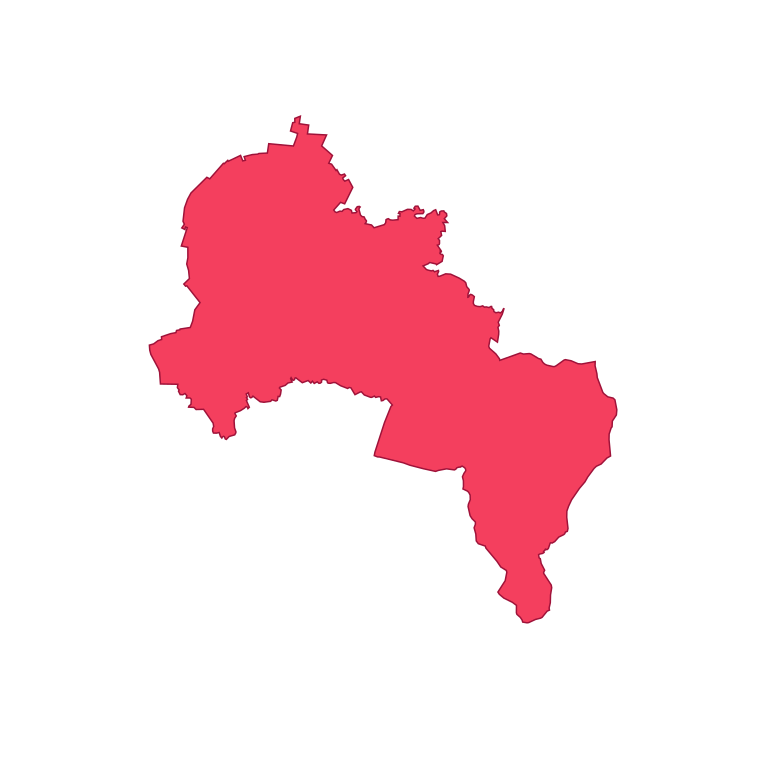 Thach That, Ha Noi, Vietnam (Robinson projection), rotated 245°
{"feature_id": "81297802B69837826881440", "entity_name": "Thach That", "entity_type": "district", "adm_level": 2, "iso_a3": "VNM", "parent_name": "Vietnam", "parent_adm1": "Ha Noi", "projection": "robinson", "projection_center": [105.527, 21.024], "detail": "fine", "context": "isolated", "style": "filled", "palette": "rose", "viewbox_px": 768, "rotation_deg": 245, "n_neighbors": 0, "source": "geoboundaries", "source_scale": "gbopen_adm2", "svg_char_len": 6171}
<svg xmlns="http://www.w3.org/2000/svg" viewBox="0 0 768 768"><g transform="rotate(245 384 384)"><path d="M109.6,409.1L107.1,412.7L106.6,414.3L106.6,421.8L105.6,427.0L105.7,428.7L109.2,435.9L109.1,438.4L111.2,439.0L115.5,442.3L122.5,445.8L128.5,449.9L131.1,450.6L144.8,448.7L146.0,449.2L147.3,450.9L154.9,450.6L159.6,451.8L160.9,451.1L164.0,452.0L164.1,453.2L163.4,456.2L163.7,457.9L164.9,457.9L165.2,459.6L166.0,460.1L166.1,460.6L165.0,461.6L165.4,463.4L169.6,467.4L169.6,468.2L168.8,469.1L169.0,472.1L171.4,477.7L171.5,483.1L171.9,484.5L173.1,485.8L173.0,487.9L175.3,489.7L186.0,493.3L191.5,496.0L195.2,499.6L199.8,505.1L206.8,517.0L210.4,524.8L213.6,529.3L218.7,538.7L219.7,541.7L219.7,547.0L222.7,554.8L223.0,558.9L238.4,564.4L243.5,566.9L248.1,571.2L248.8,572.6L253.9,575.3L257.7,581.5L262.2,584.1L272.1,586.6L274.4,585.7L277.8,581.4L282.3,579.2L283.9,578.8L299.7,580.0L303.3,581.3L311.3,583.0L315.1,584.9L318.6,571.6L320.4,568.4L326.0,563.4L329.4,558.7L329.6,557.3L327.8,547.9L327.7,546.1L328.2,544.8L332.3,539.5L334.2,538.0L336.4,537.1L340.2,536.7L341.8,534.8L349.1,529.9L350.2,528.5L352.2,523.1L354.5,520.6L356.5,498.9L358.1,499.3L364.0,498.1L371.8,494.7L374.0,494.9L380.0,499.2L380.7,500.5L374.0,504.5L380.5,508.9L383.5,510.4L387.2,511.2L388.4,513.3L391.7,513.6L397.3,520.7L401.9,524.9L401.5,523.8L399.9,522.0L399.2,519.5L400.6,518.3L401.3,515.5L403.2,514.2L405.1,514.8L406.8,513.9L408.8,514.3L409.1,513.8L408.9,511.5L410.7,509.2L411.2,507.5L413.1,506.5L413.5,503.8L414.9,501.4L417.0,499.2L419.2,499.0L420.9,499.8L425.0,502.8L427.3,501.7L428.6,500.5L428.5,499.4L427.1,497.3L427.2,496.7L430.1,498.2L432.6,500.7L433.7,501.1L437.3,500.1L441.1,500.9L443.1,500.3L448.2,496.9L455.4,490.8L457.8,486.4L458.1,480.0L458.7,478.5L461.0,478.8L462.8,481.0L463.9,481.3L464.4,477.2L466.2,476.5L466.5,474.7L468.9,471.7L469.9,470.8L474.5,469.3L474.3,474.9L474.8,476.8L470.8,481.9L469.9,482.0L470.6,488.5L475.1,491.9L476.7,491.7L477.1,490.8L478.5,489.9L479.1,489.9L479.2,491.0L480.5,491.1L480.0,492.0L480.4,492.1L487.3,491.0L487.1,492.9L487.9,493.7L490.7,495.0L492.8,494.5L494.3,499.0L498.1,499.9L498.0,501.2L496.4,504.0L501.8,505.9L505.5,505.6L503.5,509.9L508.3,508.5L509.8,512.0L512.1,512.7L514.4,511.4L515.6,511.4L516.6,509.0L516.4,507.2L514.3,506.0L514.0,505.4L514.6,504.1L520.1,504.5L520.2,502.3L519.2,498.8L519.3,494.8L517.0,491.2L517.7,489.4L519.4,487.6L520.2,483.8L523.3,482.5L524.4,483.6L524.4,485.7L522.0,491.2L522.8,492.6L523.8,493.2L525.4,493.3L526.1,490.2L530.9,489.9L531.9,487.5L530.7,485.4L529.5,486.1L528.5,483.8L530.8,482.3L532.4,479.0L532.5,473.0L533.8,470.8L532.5,469.2L531.5,470.5L529.3,469.3L530.2,467.8L527.0,466.2L528.8,461.1L530.1,459.0L532.0,457.8L532.2,456.5L532.1,455.3L529.5,453.7L528.3,451.7L529.8,441.0L533.4,439.9L537.3,434.7L538.5,436.6L539.6,437.1L540.9,436.6L543.8,436.6L545.1,434.8L547.1,434.1L552.8,435.1L553.9,435.9L554.5,437.2L555.4,436.7L556.0,434.7L554.6,432.1L554.1,431.7L551.6,432.3L551.1,431.0L552.5,427.3L555.2,427.8L558.2,425.4L559.1,421.3L558.2,418.9L559.3,417.1L559.4,413.6L560.5,412.5L562.9,411.9L567.0,421.4L563.9,424.5L575.4,438.8L584.3,438.3L584.4,434.2L586.5,433.5L588.1,433.6L589.0,437.2L591.0,436.9L591.4,433.7L592.9,432.3L598.1,431.9L597.7,430.8L605.4,429.4L607.4,427.2L612.9,433.9L626.1,428.1L634.0,437.2L643.0,420.3L650.5,425.2L655.7,417.2L662.1,421.4L662.4,415.4L658.9,413.8L659.4,411.7L652.8,406.2L647.6,411.6L644.7,409.3L638.0,402.5L650.5,381.1L642.6,375.9L645.8,368.0L645.7,366.7L647.6,361.6L649.2,353.3L645.3,352.9L645.9,350.3L651.8,350.6L651.7,336.9L652.7,336.9L651.2,332.3L651.9,331.7L643.6,312.8L646.2,310.8L638.7,289.8L634.4,284.0L628.0,277.7L616.4,270.6L613.2,270.6L610.9,266.7L608.2,268.8L610.2,270.5L608.9,271.8L594.7,258.6L590.8,264.0L581.3,259.6L576.1,255.9L569.5,254.9L561.8,252.2L559.2,244.8L556.5,245.5L556.3,246.8L535.5,251.7L531.2,243.9L521.8,237.1L517.1,232.3L520.0,222.4L519.4,221.9L520.2,218.6L518.5,217.1L519.8,212.0L520.9,202.3L518.3,201.3L518.8,197.5L517.7,192.2L518.4,187.8L513.7,186.0L509.3,185.2L493.0,186.1L489.5,185.6L478.5,181.4L470.9,197.0L468.0,195.2L465.3,195.8L464.3,194.7L460.5,194.8L459.3,197.1L459.5,199.6L456.7,200.4L454.9,198.8L453.4,202.2L451.6,202.9L447.2,200.5L446.4,197.8L445.6,197.1L443.1,201.9L440.3,202.9L437.3,209.8L420.8,212.6L417.5,211.7L415.7,209.7L413.7,208.8L411.6,208.7L410.2,211.6L409.7,214.1L405.6,213.6L403.6,214.2L404.3,215.1L404.4,216.5L403.5,217.1L401.3,216.9L400.4,217.7L401.9,221.5L401.0,227.2L402.4,229.1L403.3,229.6L407.4,230.0L414.1,232.6L416.0,234.1L417.5,236.6L420.3,236.4L420.8,236.9L420.5,242.6L421.1,247.2L421.9,249.5L420.6,250.4L419.2,250.3L419.8,252.1L427.2,252.3L427.7,253.8L429.8,253.6L430.1,254.7L433.2,254.9L433.4,257.3L429.7,256.7L428.5,256.9L427.8,257.4L427.7,258.5L428.4,260.1L420.2,264.3L418.2,267.5L416.2,273.9L417.0,275.8L414.3,278.8L414.3,280.4L417.5,282.8L416.7,284.1L418.6,286.0L422.1,288.3L424.6,287.5L425.1,288.3L424.5,293.9L425.5,297.4L424.6,301.6L428.3,301.6L429.0,302.5L426.3,302.9L425.6,303.5L425.7,304.7L427.0,305.8L426.9,306.7L419.7,310.5L419.2,316.7L415.8,318.1L416.8,320.3L414.0,321.0L414.2,324.4L412.1,325.3L411.7,326.7L412.1,328.2L414.0,329.0L413.8,331.3L411.6,333.8L409.1,333.4L408.4,333.7L407.3,335.6L406.7,338.8L405.8,340.6L400.7,344.0L395.3,349.2L395.6,350.9L394.5,352.4L386.6,353.2L386.8,358.8L386.5,360.2L382.4,361.5L377.7,366.1L377.1,367.2L377.1,370.2L375.4,370.8L374.8,373.8L373.7,375.4L369.9,374.5L369.5,376.0L370.0,378.5L369.7,379.7L369.0,380.5L361.4,382.7L360.7,380.8L348.9,368.2L326.1,347.0L323.2,344.9L320.7,347.3L319.6,349.3L304.4,368.2L299.5,373.1L290.5,384.0L283.0,393.8L282.7,396.8L280.7,404.8L276.4,411.5L276.4,412.9L277.3,414.8L277.0,416.8L276.3,418.4L276.7,418.9L276.5,420.2L274.1,421.7L272.5,422.0L270.8,421.4L269.3,418.8L266.8,415.9L262.8,415.1L257.5,412.7L255.5,411.2L251.6,414.4L249.9,415.0L246.9,415.1L242.7,413.3L239.4,409.7L237.4,408.4L228.3,406.4L224.6,406.9L220.4,408.5L218.3,407.6L215.6,404.9L209.2,403.8L202.8,401.3L199.4,402.0L194.3,407.3L192.2,407.0L175.7,411.4L168.8,412.5L163.3,416.1L161.4,415.7L154.5,410.7L147.3,399.3L144.5,399.7L139.2,402.2L132.0,408.0L127.4,410.5L120.7,407.3L119.0,407.1L114.9,408.9L111.7,409.4L109.6,409.1Z" fill="#f43f5e" stroke="#9f1239" stroke-width="1.5"/></g></svg>